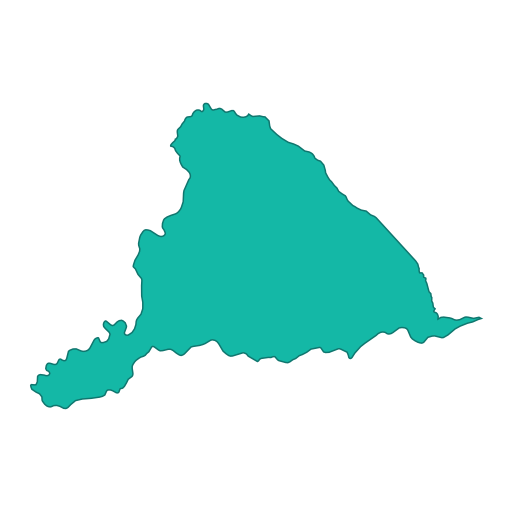 Arenal, Yoro, Honduras (Natural Earth projection), rotated 180°
{"feature_id": "27666195B63799157965046", "entity_name": "Arenal", "entity_type": "district", "adm_level": 2, "iso_a3": "HND", "parent_name": "Honduras", "parent_adm1": "Yoro", "projection": "natural_earth1", "projection_center": [-86.801, 15.351], "detail": "fine", "context": "isolated", "style": "filled", "palette": "teal", "viewbox_px": 512, "rotation_deg": 180, "n_neighbors": 0, "source": "geoboundaries", "source_scale": "gbopen_adm2", "svg_char_len": 6105}
<svg xmlns="http://www.w3.org/2000/svg" viewBox="0 0 512 512"><g transform="rotate(180 256 256)"><path d="M336.7,372.8L336.8,371.8L337.5,370.9L339.3,369.3L340.9,367.5L341.3,366.6L341.3,366.0L341.0,365.7L340.2,365.7L338.9,365.2L337.7,364.2L337.1,363.4L336.8,362.2L336.2,361.0L334.4,358.6L332.2,356.3L331.9,355.3L332.3,354.1L332.3,351.8L331.7,349.7L330.8,347.6L329.3,345.0L325.5,342.5L323.0,339.9L322.3,338.8L321.8,337.5L321.6,336.1L321.7,334.8L322.1,333.8L323.2,332.3L328.0,321.4L328.4,319.0L328.8,310.2L330.6,304.7L331.5,302.8L333.5,300.2L335.2,298.8L336.5,298.1L341.1,296.6L344.9,295.0L347.5,293.2L348.4,291.9L349.5,288.5L349.7,285.3L349.4,284.1L348.0,282.1L346.9,279.6L346.7,278.2L347.3,277.1L348.3,276.2L349.4,275.7L350.9,275.5L352.2,275.7L354.2,276.5L361.6,281.3L364.1,282.0L366.2,282.2L367.7,281.7L369.1,280.3L371.3,277.0L372.2,274.8L373.4,268.6L373.3,266.7L372.2,263.2L372.4,260.7L373.8,257.2L377.0,251.8L378.4,247.5L378.8,245.7L378.6,245.1L376.6,243.1L374.0,237.6L370.6,233.6L370.3,232.9L370.1,231.4L370.4,226.3L370.3,215.9L369.2,209.7L369.2,204.1L369.3,203.0L371.0,197.8L374.2,194.0L375.4,192.0L375.8,190.5L376.1,187.4L377.5,183.1L379.9,179.5L383.8,176.9L384.8,176.8L385.7,176.9L386.5,177.2L387.1,177.7L387.5,178.5L387.6,179.4L385.7,184.5L385.5,185.9L386.8,189.2L388.7,190.9L390.4,191.7L392.8,191.3L394.8,190.1L397.9,187.0L399.5,186.4L400.4,186.7L401.6,187.4L405.7,190.8L406.7,191.0L407.6,190.2L408.3,188.9L408.6,187.4L408.4,185.9L408.1,185.2L406.6,183.4L402.9,179.8L402.3,178.7L402.0,177.7L403.3,173.1L405.3,170.6L408.8,169.4L410.8,169.4L411.8,170.2L413.5,174.1L414.1,174.3L415.5,173.9L416.8,173.2L417.9,171.9L422.0,164.1L423.4,162.4L424.7,161.5L426.6,160.8L429.0,160.6L431.1,161.1L435.8,163.1L439.0,163.0L442.2,161.7L443.5,160.7L445.3,153.5L445.9,152.2L446.6,151.5L447.4,151.3L448.5,151.4L450.0,152.0L451.2,152.8L451.9,152.9L452.7,152.6L453.2,152.0L454.6,149.0L455.2,148.2L456.0,147.7L457.0,147.5L458.3,147.6L461.5,148.6L462.9,148.8L463.7,148.7L464.5,148.3L465.6,146.7L466.0,144.8L466.2,143.3L465.3,141.6L463.4,140.7L462.6,139.7L462.2,138.6L462.7,137.4L463.7,136.6L465.1,136.3L466.2,136.4L467.8,136.9L471.7,137.4L473.2,136.9L473.9,136.3L474.4,135.5L474.7,130.1L476.0,127.3L477.7,127.1L480.5,127.4L481.1,127.0L481.3,126.4L480.9,124.6L480.1,122.7L475.8,119.8L473.0,118.5L472.1,117.8L470.1,115.1L469.9,111.8L469.5,110.8L467.3,107.8L465.3,106.1L463.7,105.4L461.9,105.1L460.5,105.4L458.3,106.4L455.3,106.6L452.2,105.7L448.3,103.7L446.2,103.5L445.1,103.9L443.9,104.7L441.2,107.5L436.5,111.4L429.7,113.0L420.8,113.7L412.4,114.9L409.5,115.7L407.2,117.0L405.6,120.6L405.0,121.5L404.4,121.9L403.1,122.1L401.3,122.0L399.2,121.2L395.8,119.3L394.6,119.1L393.8,119.3L393.1,120.0L392.0,123.0L391.2,123.5L390.1,123.6L389.2,124.0L387.6,125.6L385.5,129.2L383.8,132.7L380.2,135.4L379.6,136.1L379.2,137.2L379.1,138.6L379.8,143.5L379.8,145.5L379.2,147.3L377.3,150.2L375.9,151.7L372.9,153.9L371.2,154.9L368.4,155.8L366.7,156.8L365.3,158.5L363.2,160.2L360.6,164.6L360.0,165.3L359.4,165.6L358.0,165.3L353.5,162.0L351.9,161.2L349.2,161.4L344.0,162.7L342.3,162.8L341.0,162.6L338.9,161.5L335.8,159.0L333.3,157.4L331.8,156.7L330.5,156.6L329.0,157.2L327.6,158.1L320.8,165.1L318.3,165.7L312.3,166.6L309.2,167.5L306.8,168.5L301.3,171.8L299.6,172.2L296.9,171.6L294.9,170.3L293.3,168.3L288.9,160.8L286.0,158.3L283.4,156.5L281.6,155.9L279.6,156.0L269.4,159.1L268.2,159.2L266.0,158.3L265.1,157.6L264.3,156.4L263.7,155.8L254.6,150.5L253.5,151.1L252.4,152.7L250.8,153.6L243.6,154.6L241.1,154.5L239.1,155.3L237.6,155.4L237.0,155.2L234.4,152.2L233.2,151.4L226.3,149.5L224.2,149.3L222.1,150.2L219.2,152.3L216.3,153.5L212.8,156.3L209.6,157.5L205.2,159.8L201.0,162.9L192.4,164.6L191.6,164.4L190.9,163.8L188.4,160.1L186.4,159.5L182.9,159.7L173.8,163.2L172.7,163.3L171.3,162.9L164.9,159.8L163.8,157.1L163.1,154.4L162.4,153.7L161.6,153.5L160.8,153.8L160.0,154.5L157.2,158.9L151.4,165.4L147.2,168.7L136.0,176.5L133.9,178.4L131.3,179.7L129.6,180.0L128.1,179.9L126.8,179.6L124.8,178.3L123.4,178.0L122.3,178.1L120.8,178.5L119.2,179.4L112.8,184.1L110.1,184.5L107.3,184.2L105.6,183.5L104.3,182.1L101.3,175.0L99.7,173.1L97.1,171.3L94.2,169.8L91.9,169.1L90.2,168.9L89.0,169.3L88.1,169.9L84.1,174.7L79.9,175.9L77.4,176.1L70.1,174.3L68.5,174.5L64.0,177.1L56.9,183.1L51.8,185.9L44.5,188.8L39.3,190.1L33.9,192.5L30.7,193.5L33.0,194.7L38.4,193.6L43.9,194.8L46.1,195.0L47.4,194.7L52.3,192.3L55.4,191.8L57.5,192.2L60.2,193.5L62.4,194.1L68.3,194.9L71.1,194.6L74.0,192.9L73.8,195.7L74.6,197.9L75.7,199.1L77.8,200.0L78.2,200.5L78.1,201.3L76.9,203.2L78.3,204.4L78.7,205.1L79.2,208.9L80.3,211.0L80.2,214.5L80.8,215.4L81.2,218.4L82.8,220.0L83.2,221.0L85.2,228.6L86.3,231.0L86.4,231.9L86.1,232.9L86.2,233.8L88.3,234.8L88.4,235.7L88.3,236.9L89.1,237.9L89.6,238.9L90.1,239.1L92.1,239.1L92.4,239.3L92.9,241.1L92.9,243.7L93.4,244.5L94.2,247.9L96.4,251.1L135.8,294.2L137.5,295.5L141.5,297.2L145.8,300.9L150.8,301.9L154.9,303.9L157.3,305.5L159.1,306.4L163.8,310.8L164.8,312.3L165.9,315.0L166.7,316.2L169.7,318.0L173.3,320.6L175.1,324.0L177.6,326.4L180.5,330.3L182.3,332.0L184.1,334.8L186.4,339.2L186.7,341.6L188.2,346.9L191.5,350.8L194.4,351.8L196.8,353.6L197.4,354.3L197.7,355.5L198.4,356.6L199.6,358.1L201.0,359.1L202.8,360.0L207.3,361.0L213.7,365.9L218.4,368.0L223.8,369.7L230.2,373.6L235.1,377.4L241.4,383.3L242.3,386.0L243.0,391.1L247.0,395.1L248.6,395.2L252.4,396.1L259.2,395.5L260.8,396.2L263.3,397.9L264.3,396.3L266.2,395.2L268.6,394.7L271.1,394.9L271.9,395.2L275.1,396.9L276.7,398.9L277.7,400.6L278.7,401.4L280.3,401.4L284.3,400.0L285.9,399.8L286.9,400.0L290.3,402.9L292.1,403.6L293.2,403.5L295.6,402.6L296.5,402.6L298.4,402.0L299.5,402.1L300.1,402.4L300.8,403.1L303.6,407.8L305.1,408.5L307.0,408.5L307.9,407.9L308.5,406.9L308.6,406.1L308.2,402.8L308.6,401.6L309.4,400.7L309.9,400.4L310.6,400.5L311.9,401.5L313.1,402.0L314.5,402.0L315.6,401.8L317.0,400.9L318.2,399.8L319.3,398.1L319.8,396.5L320.4,395.8L321.3,395.4L324.5,395.0L325.3,394.7L326.1,393.9L326.9,392.7L327.5,390.9L329.7,388.3L331.4,385.2L333.7,383.0L334.4,382.1L334.7,381.1L334.7,379.7L334.2,375.8L335.1,374.0L336.1,373.0L336.7,372.8Z" fill="#14b8a6" stroke="#0f766e" stroke-width="1.5"/></g></svg>